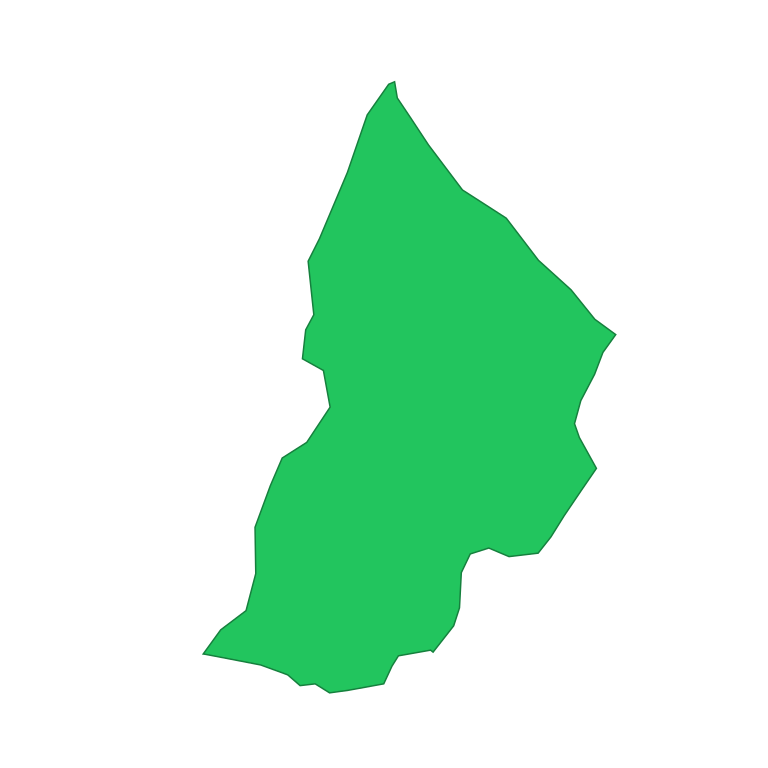 Hedemora, Dalarna, Sweden (Mercator projection), rotated 347°
{"feature_id": "70781695B75139337401174", "entity_name": "Hedemora", "entity_type": "district", "adm_level": 2, "iso_a3": "SWE", "parent_name": "Sweden", "parent_adm1": "Dalarna", "projection": "mercator", "projection_center": [16.062, 60.408], "detail": "fine", "context": "isolated", "style": "filled", "palette": "green", "viewbox_px": 768, "rotation_deg": 347, "n_neighbors": 0, "source": "geoboundaries", "source_scale": "gbopen_adm2", "svg_char_len": 852}
<svg xmlns="http://www.w3.org/2000/svg" viewBox="0 0 768 768"><g transform="rotate(347 384 384)"><path d="M462.3,91.9L456.0,93.0L428.2,118.0L395.9,169.7L353.8,227.9L337.7,247.3L331.2,300.7L319.9,313.6L310.2,341.1L328.0,357.2L326.3,394.4L295.6,423.5L268.2,433.2L250.4,457.5L226.1,494.6L216.4,539.9L198.6,573.8L169.6,586.8L147.1,606.4L149.4,607.3L200.6,630.0L224.7,645.7L234.4,659.0L249.5,660.7L261.5,672.7L280.3,674.4L316.3,676.1L328.3,660.7L336.9,652.1L369.5,653.8L371.5,656.3L397.5,635.3L407.2,619.1L416.9,585.2L429.8,569.0L449.2,567.4L467.0,580.3L496.1,583.5L512.2,570.6L530.0,552.8L552.6,531.8L572.0,514.0L562.3,480.1L560.7,465.5L572.0,444.5L591.4,421.9L604.4,402.5L620.9,388.0L604.0,368.4L587.5,334.4L562.3,298.2L540.4,249.9L504.1,212.6L481.1,161.0L470.1,131.4L461.3,108.3L462.3,91.9Z" fill="#22c55e" stroke="#15803d" stroke-width="1.5"/></g></svg>